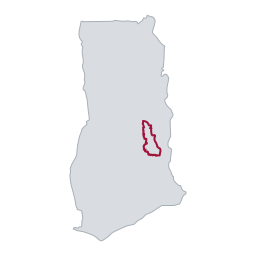 location of Sene East, Brong Ahafo, Ghana
{"feature_id": "2480657B21050367867823", "entity_name": "Sene East", "entity_type": "district", "adm_level": 2, "iso_a3": "GHA", "parent_name": "Ghana", "parent_adm1": "Brong Ahafo", "projection": "equal_earth", "projection_center": [-0.307, 7.665], "detail": "fine", "context": "in_parent", "style": "outline", "palette": "rose", "viewbox_px": 256, "rotation_deg": 0, "n_neighbors": 0, "source": "geoboundaries", "source_scale": "gbopen_adm2", "svg_char_len": 5638}
<svg xmlns="http://www.w3.org/2000/svg" viewBox="0 0 256 256"><path d="M153.1,17.2L154.7,19.3L155.1,20.5L154.5,25.0L153.3,28.2L152.5,31.2L152.6,32.7L153.4,34.1L155.9,36.5L157.2,38.0L158.7,40.3L160.5,42.6L163.5,45.5L164.8,46.0L164.7,46.8L164.3,48.0L164.0,58.9L163.8,61.7L163.6,63.1L163.3,67.2L163.0,67.8L162.4,67.8L161.9,67.9L161.8,68.7L162.0,69.6L163.8,70.1L163.4,70.8L162.1,71.3L161.4,72.6L161.7,74.0L161.0,75.1L161.2,75.8L161.7,76.4L162.4,76.2L164.5,74.3L165.4,74.1L166.5,74.5L168.6,77.4L168.7,78.8L167.8,83.6L167.0,87.3L166.9,92.3L167.7,95.1L167.6,96.6L166.7,97.9L164.6,99.8L164.8,101.1L165.7,103.6L167.5,106.3L171.0,109.7L172.8,114.0L172.9,115.8L171.8,117.6L170.5,119.2L170.1,121.4L170.7,136.1L168.0,142.5L167.9,144.3L168.2,146.4L168.9,147.7L170.3,148.0L171.5,149.3L171.1,153.8L170.5,158.3L170.4,160.5L170.1,161.6L169.0,162.4L168.6,163.9L168.8,165.7L168.6,167.0L169.2,168.7L170.5,170.8L172.5,176.1L173.3,176.5L173.6,177.6L173.4,178.7L174.2,181.0L176.4,183.4L178.8,185.4L180.7,185.7L181.1,187.5L182.4,189.8L183.3,190.8L184.7,191.5L185.9,191.9L186.0,193.8L183.8,195.2L182.4,197.2L181.3,200.3L179.8,203.7L174.5,205.4L172.5,205.5L161.7,205.5L151.6,212.2L145.8,214.6L142.2,218.3L137.4,221.0L134.0,224.3L127.0,225.8L115.6,230.9L112.0,232.9L108.3,236.5L102.4,240.6L100.1,240.6L95.5,236.7L92.0,234.7L83.6,231.8L77.2,230.6L74.2,229.3L73.3,229.1L74.0,227.7L75.8,227.6L77.7,228.1L79.1,227.0L81.1,226.9L81.7,225.7L81.9,222.9L81.8,220.7L82.6,219.7L82.7,217.0L81.7,211.1L81.0,210.4L77.3,209.6L77.1,208.4L76.4,207.2L75.7,204.1L74.9,199.6L73.6,194.0L71.1,184.7L70.5,181.4L70.1,178.1L70.0,174.1L70.5,172.6L70.5,170.6L70.2,168.5L72.0,163.8L75.4,158.0L76.2,156.0L76.8,154.5L76.9,152.4L77.5,145.7L79.2,137.6L80.2,134.5L80.9,132.9L81.8,130.2L82.0,128.9L85.2,125.7L86.6,124.9L86.9,123.6L86.4,122.3L86.7,121.3L87.4,120.9L88.6,120.5L89.4,119.2L88.1,109.2L87.1,99.2L87.0,98.4L86.4,97.0L85.7,92.9L84.7,90.5L83.2,89.8L83.2,87.5L84.7,83.7L85.1,81.4L84.4,80.8L84.3,79.0L84.8,76.2L84.6,74.5L84.3,72.6L82.8,68.3L82.4,65.2L83.2,63.4L83.2,59.4L82.3,53.3L82.2,49.5L82.8,47.9L82.5,46.4L81.4,44.9L81.3,43.5L82.3,42.2L82.2,41.1L81.0,40.3L79.9,38.4L79.0,35.5L79.2,30.7L81.0,22.0L81.2,21.3L83.2,21.3L83.3,21.7L89.6,21.6L96.8,21.5L105.4,21.4L113.2,21.3L113.6,20.9L114.9,20.4L122.8,21.3L127.7,20.9L129.8,21.1L131.4,21.7L134.8,21.4L136.6,21.6L138.0,23.8L138.5,23.7L139.3,22.8L140.7,21.8L142.1,20.9L143.1,19.2L143.7,17.9L144.6,18.2L145.9,18.1L146.7,17.0L147.1,15.4L153.1,17.2Z" fill="#d9dde1" stroke="#a8b0b8" stroke-width="1"/><path d="M154.5,137.6L155.0,136.5L155.0,135.6L154.5,135.1L154.2,135.1L153.8,135.2L153.4,135.4L152.9,135.4L152.3,135.3L152.0,135.0L151.8,134.5L151.6,134.0L151.5,133.6L151.3,132.7L151.1,129.9L151.1,129.7L151.2,128.8L151.3,128.6L151.4,128.3L151.2,128.0L150.3,128.0L150.4,127.6L151.1,126.3L151.2,125.9L150.9,125.4L150.4,125.7L149.3,125.4L148.6,124.8L148.4,123.8L147.2,122.4L146.5,121.9L145.6,121.5L144.8,121.2L143.9,121.1L143.3,121.0L143.2,121.0L142.9,123.3L142.8,123.5L142.9,123.8L142.9,124.0L143.9,126.9L143.7,126.9L143.6,127.0L143.5,127.4L143.1,127.8L143.2,128.0L143.3,128.1L143.2,128.2L143.2,128.4L143.2,128.7L143.2,128.8L143.1,129.4L143.2,129.8L143.3,129.8L143.4,130.1L143.2,130.6L143.3,130.8L143.4,131.0L143.6,131.3L143.6,131.5L143.5,131.8L143.5,132.2L143.5,132.5L143.5,132.8L143.3,133.0L143.4,133.3L143.4,133.5L143.3,133.9L143.3,134.0L144.1,134.0L144.2,134.3L144.1,134.5L144.0,134.9L143.9,134.9L143.9,135.0L143.7,135.3L143.5,135.5L143.6,135.9L143.9,136.1L143.9,136.3L143.8,136.7L143.9,136.8L144.0,137.1L144.1,137.4L144.3,137.6L144.3,138.0L144.6,138.5L144.6,138.9L146.2,138.9L146.2,139.4L146.3,139.5L146.3,139.9L146.2,140.1L146.2,140.3L146.2,140.6L146.2,141.0L146.1,141.5L145.9,141.8L145.9,142.1L146.0,142.3L145.9,142.4L146.0,142.6L146.0,142.8L146.1,143.1L146.3,143.1L146.6,143.1L146.8,143.1L146.8,143.3L146.7,143.3L146.5,143.5L146.3,143.6L146.2,143.7L146.2,143.8L145.9,144.0L145.9,143.9L145.7,144.0L145.4,144.2L145.2,144.2L145.1,144.3L144.9,144.4L144.7,144.5L144.4,144.9L144.4,145.0L144.2,145.2L144.2,145.3L144.1,145.5L143.9,145.7L143.9,145.8L143.8,146.0L143.8,146.3L143.7,146.4L143.7,146.5L143.7,146.8L143.8,147.0L143.7,147.2L143.7,147.3L143.7,147.5L143.8,147.6L143.9,147.8L144.0,148.0L144.0,148.3L144.1,148.5L144.2,148.8L144.3,148.9L144.3,149.0L144.2,149.2L144.3,149.2L144.3,149.3L144.5,149.4L144.5,149.5L144.6,149.8L144.6,150.0L144.7,150.3L144.8,150.5L144.9,150.8L145.0,150.8L145.3,150.8L145.4,150.7L145.4,150.8L145.5,150.8L145.6,151.1L145.6,151.3L145.8,151.3L146.0,151.4L146.2,151.5L146.3,151.5L146.2,151.5L146.3,151.7L146.4,151.8L146.5,151.8L146.5,151.7L146.8,151.7L146.8,151.8L147.0,151.9L147.0,152.0L147.0,151.9L147.3,151.7L147.4,151.9L147.5,152.0L147.8,152.3L148.0,152.3L148.0,152.5L148.1,152.9L148.1,153.0L148.2,153.4L148.2,153.5L148.3,153.9L148.5,153.9L148.5,154.0L148.5,154.3L148.6,154.6L148.9,154.5L149.1,154.3L149.1,154.2L149.2,154.3L149.2,154.6L149.3,154.7L149.6,154.6L149.8,154.6L150.1,154.7L150.2,154.8L150.3,154.7L150.5,154.7L150.7,154.8L150.8,154.9L151.0,154.7L151.2,154.9L151.4,154.9L151.6,154.9L151.8,154.9L152.1,154.9L152.2,155.0L152.3,155.2L152.5,155.3L152.9,155.3L153.3,155.1L153.5,154.8L153.9,154.9L154.2,155.0L154.5,154.9L154.8,155.0L155.0,154.9L155.2,155.2L155.4,155.3L155.7,155.2L155.8,155.4L156.0,155.4L156.2,155.7L156.7,155.6L157.0,155.3L157.5,155.5L157.8,155.3L158.1,155.3L158.5,155.3L159.1,155.4L159.5,155.4L159.7,154.9L159.9,154.0L160.2,152.0L160.5,150.8L160.3,149.4L160.1,148.8L159.6,148.3L159.4,148.3L158.8,148.0L158.5,147.6L158.1,147.4L157.5,146.7L157.3,146.6L157.1,145.9L156.9,144.8L156.0,142.7L155.1,141.4L154.5,139.7L154.4,138.9L154.5,138.4L154.5,137.6Z" fill="none" stroke="#9f1239" stroke-width="2"/></svg>